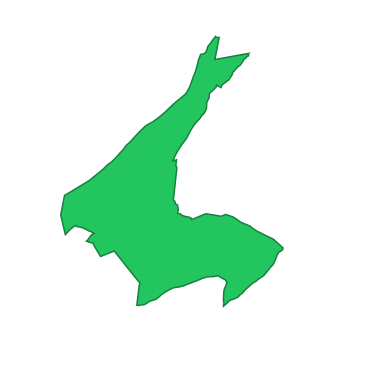 Eldas, North-Eastern, Kenya (Equal Earth projection), rotated 234°
{"feature_id": "3690345B40849356023427", "entity_name": "Eldas", "entity_type": "district", "adm_level": 2, "iso_a3": "KEN", "parent_name": "Kenya", "parent_adm1": "North-Eastern", "projection": "equal_earth", "projection_center": [39.451, 2.194], "detail": "fine", "context": "isolated", "style": "filled", "palette": "green", "viewbox_px": 384, "rotation_deg": 234, "n_neighbors": 0, "source": "geoboundaries", "source_scale": "gbopen_adm2", "svg_char_len": 5940}
<svg xmlns="http://www.w3.org/2000/svg" viewBox="0 0 384 384"><g transform="rotate(234 192 192)"><path d="M264.2,86.9L250.6,72.3L235.2,65.8L232.0,64.5L232.1,65.5L232.3,66.2L232.8,69.2L233.1,70.1L233.3,72.2L233.5,75.7L233.5,77.9L233.3,77.9L232.6,78.1L232.1,78.4L231.5,78.7L230.8,79.3L230.1,80.1L229.1,81.1L228.4,81.6L227.4,82.4L226.7,82.8L226.1,83.2L225.2,83.7L224.0,84.3L223.4,84.6L220.9,85.8L220.2,86.3L219.7,86.8L218.8,87.2L217.9,87.5L217.3,87.9L216.7,88.2L215.9,88.6L215.8,87.9L216.1,87.0L216.4,86.0L216.3,84.6L215.7,83.1L215.5,82.3L215.1,81.2L214.4,79.3L214.4,78.3L214.2,77.7L213.7,78.2L212.2,79.0L211.4,79.6L209.9,81.0L209.3,81.5L208.8,81.6L208.2,81.6L207.3,81.5L206.2,81.3L203.1,80.9L202.2,80.9L193.6,80.1L190.8,91.0L190.1,93.8L189.8,94.4L160.2,95.7L148.6,96.3L147.8,94.7L132.8,80.8L132.0,81.5L131.5,82.2L131.2,82.8L131.0,83.5L130.8,84.2L129.9,85.5L129.1,86.9L128.9,87.7L128.7,88.5L128.7,89.4L128.6,90.5L128.5,91.4L128.6,92.4L128.5,93.2L128.3,93.8L128.0,94.7L127.6,96.1L127.2,97.2L126.9,98.0L126.6,99.0L126.4,99.8L126.4,101.0L126.4,102.0L126.5,103.4L126.6,104.5L126.8,105.9L126.9,107.0L126.9,107.9L126.9,109.2L126.8,110.5L126.5,113.3L126.3,115.5L125.7,119.1L125.5,119.9L125.3,120.8L124.8,121.9L124.3,123.0L123.2,125.0L122.7,125.9L122.2,127.0L121.3,129.3L120.9,130.5L120.6,131.5L120.2,133.7L119.5,136.1L118.9,137.9L118.1,141.2L117.5,143.3L117.2,144.5L116.8,146.3L116.5,147.1L116.4,148.0L116.2,149.1L115.3,151.6L115.0,152.6L114.5,154.0L114.0,154.9L112.7,157.1L111.5,158.8L111.0,159.5L110.5,160.7L109.4,162.5L109.0,163.4L108.6,164.2L106.7,164.7L106.0,165.0L105.1,165.4L102.3,166.9L101.4,167.3L100.3,167.3L99.0,167.1L98.4,166.8L97.9,166.5L97.2,165.5L96.5,164.4L95.7,163.2L95.0,161.9L94.2,160.8L93.2,159.7L91.7,158.3L88.4,155.7L87.7,155.1L86.7,154.4L85.1,153.2L84.2,152.9L83.2,152.4L82.0,151.0L81.1,150.4L81.2,151.1L81.3,152.0L81.3,152.4L81.4,154.2L82.0,158.1L82.0,158.7L82.0,159.0L81.8,159.8L81.5,160.7L81.3,161.6L80.8,163.2L80.7,164.0L80.5,165.5L80.4,165.8L80.1,166.5L80.0,166.9L80.0,167.1L80.0,167.9L80.2,168.6L80.5,169.8L80.5,170.2L80.6,173.7L80.9,174.7L81.1,175.5L81.3,176.2L81.7,178.6L82.0,181.5L82.1,182.5L82.2,183.6L82.4,185.4L82.5,186.3L82.5,187.9L82.4,189.3L82.2,191.1L82.3,193.0L82.4,193.9L82.3,198.0L82.2,199.3L82.2,199.6L82.2,200.5L82.3,201.4L82.5,202.1L82.8,203.2L83.0,204.2L83.0,204.5L83.6,205.9L83.8,207.0L84.3,208.9L84.6,210.0L84.8,210.6L85.1,211.9L85.3,212.8L85.3,213.4L85.3,213.6L86.0,215.9L86.1,216.2L86.8,217.1L87.3,217.9L87.6,218.6L88.1,219.5L88.3,220.0L89.0,220.7L89.2,221.2L89.6,221.9L89.8,222.1L90.1,222.5L90.4,223.1L90.9,223.8L91.1,224.2L91.4,225.1L91.9,225.7L92.1,225.9L92.1,227.2L92.0,228.3L92.0,229.7L91.9,230.4L92.0,231.0L92.1,231.4L92.5,232.0L93.2,232.8L106.0,230.1L114.6,225.5L122.1,221.6L127.1,219.7L129.3,219.2L130.4,218.9L132.5,217.6L136.7,215.0L139.6,213.4L140.5,213.2L144.3,211.8L145.6,211.4L147.4,210.7L151.3,208.0L154.2,205.9L155.1,201.6L156.7,199.9L166.3,190.4L166.5,189.6L169.9,175.5L170.7,175.8L171.7,175.8L172.3,175.6L174.2,174.1L176.4,172.0L178.2,170.7L179.8,170.0L181.2,169.7L181.9,168.9L183.3,167.8L186.1,170.8L190.1,172.6L190.6,172.5L191.2,172.0L191.6,171.8L191.9,171.6L192.1,171.5L192.4,171.6L192.6,171.9L193.0,172.1L193.8,172.4L194.8,172.6L195.6,172.5L196.5,172.2L205.3,180.3L214.8,188.8L217.7,191.5L219.7,193.3L220.8,194.2L222.0,194.4L222.7,194.3L227.1,198.4L228.4,194.8L230.1,197.8L230.8,198.9L233.0,203.2L234.8,207.4L235.3,209.0L236.0,210.8L236.5,212.2L238.6,219.0L239.1,220.4L241.0,223.7L241.6,225.0L242.2,226.2L243.6,229.5L245.0,233.1L245.8,236.1L246.8,241.4L247.6,243.9L248.1,244.2L248.4,244.3L248.2,245.8L248.4,247.3L248.7,248.5L249.4,249.9L250.2,251.5L250.7,252.3L251.2,252.9L254.7,255.7L255.7,256.6L256.9,258.7L257.5,260.1L258.4,261.5L259.5,262.2L260.6,263.1L261.4,264.2L261.6,265.2L261.8,267.0L261.9,268.2L262.1,269.7L262.5,272.4L262.7,273.2L263.3,274.0L264.1,274.7L259.4,276.8L260.9,279.3L261.0,279.5L261.1,279.9L261.1,280.4L261.0,280.6L261.0,281.4L261.1,281.6L261.0,282.5L260.9,283.3L261.0,283.7L261.2,284.1L261.2,284.4L261.2,284.9L261.1,285.2L261.2,285.5L261.3,286.0L261.1,286.6L261.0,286.8L261.0,287.6L261.1,288.0L261.3,288.6L261.5,289.1L261.7,289.5L262.1,290.0L262.4,290.9L262.4,291.3L262.5,291.6L263.0,292.4L263.0,292.9L263.4,293.7L263.6,293.9L263.8,294.2L264.3,294.6L264.7,295.1L264.9,295.9L265.0,296.8L265.4,298.5L265.6,299.5L265.9,300.1L266.1,300.5L266.1,301.0L266.1,301.7L266.1,302.0L266.5,303.0L266.5,303.5L266.4,303.9L266.1,304.7L266.1,305.0L266.4,306.0L266.7,306.7L267.5,309.2L267.7,309.9L267.9,310.2L268.1,310.7L268.3,311.0L268.6,311.6L268.8,312.3L268.8,312.6L268.8,312.9L268.6,313.8L268.8,314.5L269.1,315.2L269.3,315.8L269.3,316.1L269.2,316.7L269.0,317.0L268.9,317.4L269.1,318.0L269.6,318.2L269.9,318.3L270.3,318.5L270.5,318.8L270.7,319.5L273.9,313.0L285.7,288.4L301.0,304.8L301.7,303.9L302.4,302.9L302.9,302.6L304.0,302.5L303.8,301.8L303.5,301.0L303.3,299.7L301.4,294.1L301.1,292.8L300.8,291.5L300.5,290.6L300.2,290.0L299.0,288.6L298.3,287.6L297.6,286.4L297.0,285.1L296.9,284.4L296.9,283.3L297.3,281.5L297.7,281.0L298.2,280.2L298.0,279.2L297.5,278.7L297.0,278.3L296.7,277.4L295.4,275.3L294.6,274.3L293.2,272.7L291.9,271.2L288.7,267.3L288.0,266.3L286.9,264.7L286.5,264.1L284.6,261.0L282.9,258.6L281.8,256.9L280.8,255.6L279.7,253.8L278.1,251.3L277.4,249.8L276.9,248.8L276.6,248.2L276.2,247.4L275.2,244.8L275.1,244.0L275.0,242.8L274.8,241.0L274.7,239.2L274.5,235.8L274.3,231.7L274.0,229.0L273.9,227.6L273.6,225.7L273.0,220.9L272.6,218.3L272.4,216.4L272.0,211.5L271.8,206.4L271.8,203.4L271.9,201.0L272.5,196.7L272.6,195.3L272.7,194.2L272.7,192.6L272.6,191.5L272.2,189.1L272.0,187.9L271.8,186.4L270.9,181.2L269.7,175.1L269.3,173.6L268.9,171.2L268.6,168.9L268.5,167.2L268.3,166.3L268.1,165.3L267.9,164.6L267.6,163.8L267.1,162.6L266.7,160.9L266.5,159.8L266.3,158.9L266.1,157.4L265.8,156.3L264.9,152.7L264.5,150.4L263.9,146.6L263.8,145.5L263.7,144.6L263.6,139.2L262.6,132.5L261.7,115.4L263.9,89.3L264.2,86.9Z" fill="#22c55e" stroke="#15803d" stroke-width="1.5"/></g></svg>